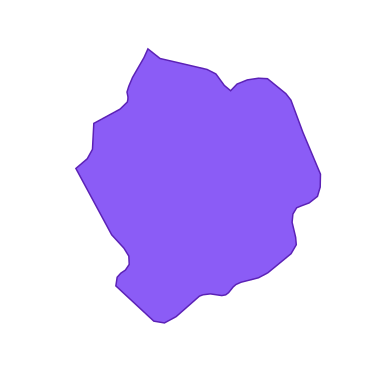 map outline of Biella (Robinson projection), rotated 23°
{"feature_id": "ITA-5435", "entity_name": "Biella", "entity_type": "Province", "adm_level": 1, "iso_a3": "ITA", "parent_name": "Italy", "parent_adm1": "", "projection": "robinson", "projection_center": [8.102, 45.568], "detail": "fine", "context": "isolated", "style": "filled", "palette": "violet", "viewbox_px": 384, "rotation_deg": 23, "n_neighbors": 0, "source": "natural_earth", "source_scale": "10m", "svg_char_len": 850}
<svg xmlns="http://www.w3.org/2000/svg" viewBox="0 0 384 384"><g transform="rotate(23 192 192)"><path d="M217.2,58.2L240.0,64.8L247.2,68.8L270.8,93.8L303.3,125.4L308.1,137.4L309.2,147.0L304.1,156.3L298.5,161.6L294.5,165.6L293.5,172.9L296.0,180.8L305.1,193.2L308.6,199.8L307.3,210.1L293.4,236.7L286.7,245.0L272.4,255.9L268.6,260.0L267.0,263.3L265.0,270.4L263.2,273.5L259.9,275.7L248.7,278.6L242.3,282.3L239.5,285.0L226.1,312.9L217.8,323.3L207.3,325.8L158.6,308.2L156.4,299.7L158.2,294.5L161.2,289.9L162.5,283.2L158.9,275.7L151.3,270.3L134.8,262.8L75.9,215.7L82.6,202.3L83.7,191.6L74.8,167.2L93.4,143.8L97.3,134.5L96.8,131.8L95.9,129.5L93.1,125.4L92.5,119.3L92.5,109.7L95.3,87.0L95.5,77.5L110.4,81.6L158.0,73.3L167.9,74.0L180.1,81.3L188.0,83.7L191.3,75.0L199.1,67.2L208.7,61.3L217.2,58.2Z" fill="#8b5cf6" stroke="#5b21b6" stroke-width="1.5"/></g></svg>